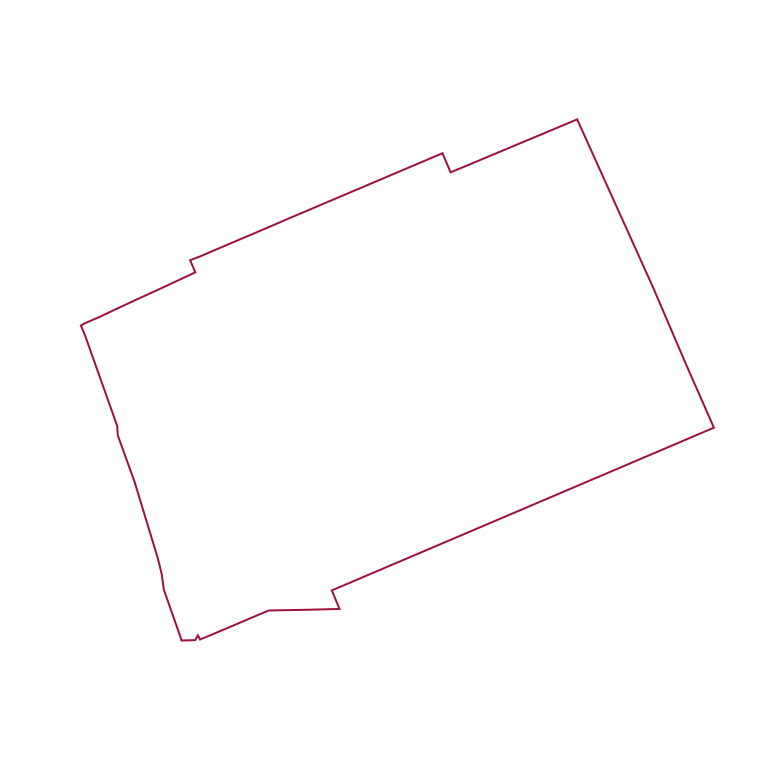 the district of Broward, Florida, United States of America, rotated 157°
{"feature_id": "52423323B57626365826979", "entity_name": "Broward", "entity_type": "district", "adm_level": 2, "iso_a3": "USA", "parent_name": "United States of America", "parent_adm1": "Florida", "projection": "equal_earth", "projection_center": [-80.306, 26.156], "detail": "fine", "context": "isolated", "style": "outline", "palette": "rose", "viewbox_px": 768, "rotation_deg": 157, "n_neighbors": 0, "source": "geoboundaries", "source_scale": "gbopen_adm2", "svg_char_len": 701}
<svg xmlns="http://www.w3.org/2000/svg" viewBox="0 0 768 768"><g transform="rotate(157 384 384)"><path d="M98.3,285.6L98.6,367.9L98.6,368.3L102.8,552.1L240.0,552.8L240.0,573.6L411.3,573.6L417.0,573.5L457.1,573.4L491.5,573.4L503.0,573.3L514.1,573.7L514.0,560.5L548.5,559.3L560.7,558.9L577.3,558.5L606.1,557.5L618.7,556.9L618.8,556.9L635.9,556.8L640.2,556.2L640.2,545.5L646.0,449.5L648.1,443.7L649.1,440.9L651.8,391.8L660.3,311.8L663.0,295.3L667.0,280.9L670.3,229.3L670.6,227.0L657.9,222.0L653.5,225.3L653.2,220.7L638.4,220.6L603.1,220.6L602.8,220.6L602.7,220.6L578.7,220.6L546.2,207.5L512.8,194.3L512.7,214.4L512.3,214.4L97.4,214.9L98.3,285.6Z" fill="none" stroke="#9f1239" stroke-width="2"/></g></svg>